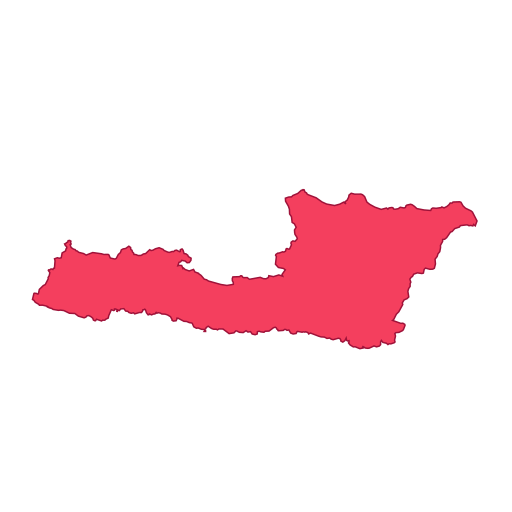 Central Pentecost 2, Penama, Vanuatu, rotated 111°
{"feature_id": "77236927B86415153324425", "entity_name": "Central Pentecost 2", "entity_type": "district", "adm_level": 2, "iso_a3": "VUT", "parent_name": "Vanuatu", "parent_adm1": "Penama", "projection": "robinson", "projection_center": [168.206, -15.776], "detail": "fine", "context": "isolated", "style": "filled", "palette": "rose", "viewbox_px": 512, "rotation_deg": 111, "n_neighbors": 0, "source": "geoboundaries", "source_scale": "gbopen_adm2", "svg_char_len": 6100}
<svg xmlns="http://www.w3.org/2000/svg" viewBox="0 0 512 512"><g transform="rotate(111 256 256)"><path d="M149.3,62.1L144.1,62.2L137.4,69.7L136.8,71.5L136.3,77.6L135.0,80.7L132.4,83.9L132.4,85.3L135.0,91.4L136.4,92.0L136.9,93.7L138.9,94.2L141.3,95.5L143.7,97.7L143.6,100.1L144.5,100.6L146.9,104.9L147.8,108.1L149.0,109.1L150.9,109.2L152.8,115.6L154.1,122.8L152.9,125.8L152.2,128.6L152.3,130.2L154.4,133.4L155.4,134.0L157.1,133.9L158.1,135.0L158.8,138.8L160.9,140.2L162.5,142.9L162.8,144.4L161.9,145.4L162.0,146.5L163.4,149.0L165.0,149.7L164.4,151.3L167.6,155.8L167.8,162.5L167.0,168.4L165.9,171.8L161.6,175.9L160.6,178.5L160.6,180.2L162.9,186.0L163.3,189.6L165.8,191.0L167.8,190.6L171.1,190.9L173.6,192.4L175.2,190.8L174.3,193.5L177.6,196.4L180.7,200.7L182.2,208.7L181.9,213.7L180.1,220.7L180.1,229.3L179.7,230.8L179.0,231.4L178.7,233.2L176.9,234.9L177.3,236.0L177.8,235.9L178.3,237.2L182.6,239.4L186.3,243.3L188.0,244.0L189.3,246.7L191.5,249.3L194.3,248.0L197.8,243.7L200.3,241.6L204.7,239.7L206.6,237.0L211.7,234.3L212.2,231.7L214.8,228.8L217.9,229.4L220.3,228.3L221.9,227.3L223.8,224.6L225.1,223.6L228.3,224.8L228.7,227.0L230.4,228.1L231.5,228.0L232.9,226.9L237.4,227.2L237.9,227.8L237.9,229.8L238.5,230.4L241.0,230.2L242.4,231.5L242.5,232.6L245.0,235.5L245.5,236.7L247.4,238.0L248.3,238.0L249.2,236.8L256.7,234.9L258.7,231.0L257.8,225.9L258.4,223.7L263.9,225.1L265.3,223.8L265.5,227.9L269.0,232.3L269.8,237.0L271.6,236.7L273.7,238.5L274.5,241.0L274.4,244.4L280.1,253.8L279.3,256.5L280.6,259.7L280.6,260.7L279.6,262.2L280.1,263.4L281.1,263.8L283.8,270.1L285.5,270.1L287.6,269.2L288.7,267.8L290.6,267.0L293.9,272.6L295.2,278.7L296.4,291.4L295.9,293.7L296.2,295.9L293.8,300.3L292.9,303.7L292.7,303.0L292.8,307.3L290.9,309.5L293.9,313.0L294.0,317.4L293.2,319.4L293.9,319.7L291.5,322.0L292.2,324.2L293.1,325.5L289.5,325.6L288.5,324.3L286.7,323.8L286.1,320.3L287.0,317.9L286.0,315.9L283.4,315.2L281.3,315.8L280.8,318.9L279.7,320.0L279.1,322.1L279.5,324.0L276.7,326.2L275.9,327.6L277.2,328.9L279.0,328.4L279.4,329.0L279.0,332.2L279.8,333.6L281.4,334.5L281.8,335.9L283.6,338.0L284.0,339.5L283.8,343.8L283.1,345.2L283.0,349.4L285.3,352.5L287.5,354.3L288.5,355.9L288.2,357.5L293.3,359.9L294.5,361.9L296.6,363.4L297.8,366.2L297.7,368.6L298.3,370.5L297.2,371.2L296.5,372.8L295.1,373.8L294.8,375.2L293.0,376.1L292.4,378.2L295.7,380.4L297.0,382.6L298.5,383.9L301.4,383.8L303.9,385.1L308.3,385.6L309.4,386.6L310.1,391.3L307.7,393.7L307.5,394.6L309.1,398.6L309.3,401.1L311.3,409.7L316.0,414.9L315.5,417.8L316.1,422.9L315.4,424.6L315.6,425.9L314.8,427.2L315.0,428.8L314.3,431.7L312.0,433.6L311.1,432.9L309.3,434.3L308.5,434.1L308.2,435.5L309.0,436.9L310.6,436.8L311.5,437.8L312.5,438.0L313.3,439.0L314.6,437.7L315.1,436.2L316.3,435.5L317.4,435.9L319.5,435.6L322.6,438.1L327.4,437.2L328.6,438.8L328.8,440.8L330.8,443.1L332.5,441.9L339.6,439.8L340.0,440.6L341.4,440.8L341.3,442.0L341.9,443.1L342.8,443.5L343.3,444.7L343.9,444.7L345.4,442.5L348.5,442.0L350.5,442.4L351.8,441.8L358.2,442.5L359.8,444.0L364.8,446.3L369.3,445.6L369.8,446.3L369.6,447.4L370.1,449.5L370.5,449.9L376.7,449.1L377.0,447.4L378.3,445.5L379.0,441.4L379.6,440.6L378.4,437.7L377.9,434.2L377.9,432.6L378.4,432.4L378.1,431.4L378.5,430.7L378.2,427.8L378.6,426.3L377.5,420.9L376.6,419.2L375.8,415.9L376.3,409.7L374.6,404.5L375.8,400.3L375.3,394.3L374.0,392.9L372.3,392.3L371.5,390.6L371.9,387.9L372.6,386.1L374.1,384.8L374.2,383.2L373.9,382.6L372.2,382.2L372.0,376.9L370.9,376.2L370.1,374.1L369.0,373.7L366.9,371.7L364.4,372.1L358.0,371.8L357.9,369.2L357.1,368.6L356.2,369.1L355.8,368.3L355.9,364.0L354.0,363.4L352.5,360.5L354.1,358.0L353.6,355.8L354.3,354.5L354.2,352.0L352.9,349.9L353.5,348.5L350.6,344.7L349.9,342.8L348.6,342.2L346.7,342.3L346.4,341.4L345.6,341.0L345.6,340.1L348.2,338.0L349.6,335.7L349.3,335.0L348.3,334.8L348.4,332.4L346.8,330.8L346.4,329.6L344.5,329.0L345.0,328.1L344.0,327.0L343.6,324.9L343.9,323.2L342.9,320.1L342.7,317.6L343.3,314.1L345.4,311.6L346.0,311.5L346.4,309.9L345.1,307.4L343.2,307.2L342.5,307.6L342.0,306.6L342.8,299.9L342.0,297.3L342.1,294.4L341.6,292.1L341.7,291.4L344.4,288.7L344.8,285.8L343.9,284.1L344.0,280.8L343.1,277.7L341.8,276.8L340.7,276.9L338.7,275.5L339.6,271.6L339.6,269.5L338.6,266.8L338.8,265.5L337.4,264.5L336.0,260.6L338.1,253.3L335.6,249.0L333.2,248.0L332.9,247.2L333.2,244.2L332.1,240.5L329.3,238.5L329.9,236.3L328.6,234.0L330.2,231.6L329.8,228.6L328.3,226.9L326.3,227.6L325.9,227.3L325.1,226.0L325.1,224.3L324.3,221.2L323.0,220.5L321.4,216.9L316.6,213.9L315.6,212.5L315.7,211.5L316.8,210.3L316.8,209.4L317.7,208.8L317.7,208.1L315.7,203.9L314.3,203.0L313.9,201.8L314.3,200.5L313.3,198.8L315.5,196.0L315.5,193.4L314.0,190.8L312.0,190.6L311.5,190.1L310.6,185.6L309.9,184.8L309.5,183.0L308.9,182.5L308.9,180.1L309.9,178.9L308.4,177.5L308.4,168.7L308.2,166.2L307.2,163.1L307.5,160.2L306.2,157.8L306.7,156.1L306.5,154.0L303.3,149.7L303.0,148.1L304.1,146.7L305.0,146.3L305.3,144.1L303.2,142.7L300.3,142.4L302.3,141.1L302.5,140.0L301.7,138.9L303.0,138.3L304.0,138.5L305.3,136.3L306.0,132.6L305.2,130.9L305.3,125.8L303.4,122.9L302.8,123.8L302.2,123.7L302.7,120.7L302.1,118.5L301.4,117.2L297.7,113.6L297.6,110.9L295.9,108.6L294.1,107.9L291.6,108.9L289.9,108.7L291.2,106.6L290.7,102.9L291.4,101.1L290.2,100.3L289.7,98.6L287.5,95.9L286.4,95.4L284.9,96.5L280.7,97.1L278.6,98.6L277.4,97.9L276.1,95.2L273.2,92.5L272.0,92.0L267.4,92.0L266.5,92.6L266.1,94.8L267.0,96.7L267.2,105.4L266.1,104.7L260.0,104.1L256.9,102.7L248.7,101.6L247.4,102.6L243.9,102.0L241.7,99.7L239.5,98.7L234.5,101.6L231.6,101.8L229.2,101.2L226.6,102.2L224.9,102.1L222.5,104.1L220.0,103.4L219.1,102.6L216.5,102.3L213.9,99.3L212.9,94.8L212.0,93.6L208.2,94.2L206.6,93.5L206.1,88.9L204.9,86.2L203.5,85.1L199.1,85.6L194.8,87.7L191.6,86.7L188.7,86.9L186.1,86.0L182.1,86.7L180.0,87.6L175.6,87.0L173.7,87.7L172.8,85.9L170.6,84.6L164.0,83.0L162.9,81.7L159.2,80.3L156.1,76.5L154.4,76.1L151.6,70.8L151.2,69.8L151.4,68.0L150.5,66.5L150.2,64.3L148.6,64.2L149.3,62.1ZM343.8,276.3L343.9,277.2L345.0,277.4L344.5,276.0L343.8,276.3ZM357.4,365.5L356.4,365.5L356.4,366.4L357.5,366.1L357.4,365.5Z" fill="#f43f5e" stroke="#9f1239" stroke-width="1.5"/></g></svg>